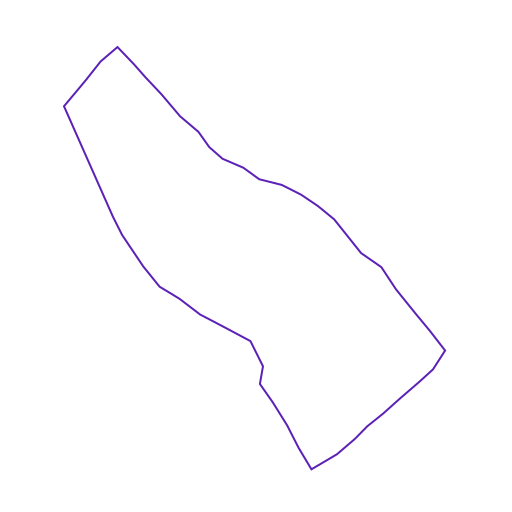 Nilópolis, Rio de Janeiro, Brazil (Robinson projection), rotated 87°
{"feature_id": "56859067B33990296022375", "entity_name": "Nilópolis", "entity_type": "district", "adm_level": 2, "iso_a3": "BRA", "parent_name": "Brazil", "parent_adm1": "Rio de Janeiro", "projection": "robinson", "projection_center": [-43.429, -22.82], "detail": "fine", "context": "isolated", "style": "outline", "palette": "violet", "viewbox_px": 512, "rotation_deg": 87, "n_neighbors": 0, "source": "geoboundaries", "source_scale": "gbopen_adm2", "svg_char_len": 704}
<svg xmlns="http://www.w3.org/2000/svg" viewBox="0 0 512 512"><g transform="rotate(87 256 256)"><path d="M40.1,383.4L53.5,400.9L72.0,417.2L96.4,439.9L209.1,396.9L228.0,388.6L260.6,369.1L281.6,353.9L294.6,334.8L311.5,314.9L325.9,290.6L340.7,266.0L366.5,254.8L384.0,258.8L403.2,246.8L426.9,233.7L450.0,223.4L471.9,211.8L458.2,185.5L443.8,166.8L431.8,153.7L420.1,137.4L405.3,119.0L390.2,99.5L378.5,85.2L360.3,72.1L339.7,86.4L322.1,99.5L296.7,117.9L273.7,131.4L258.6,150.9L238.6,165.2L223.5,176.0L209.4,191.5L197.1,207.8L186.4,226.5L179.5,248.8L167.2,264.0L157.2,284.3L144.8,297.0L129.0,307.0L112.5,324.5L89.5,342.0L71.7,357.1L57.6,368.3L40.1,383.4Z" fill="none" stroke="#5b21b6" stroke-width="2"/></g></svg>